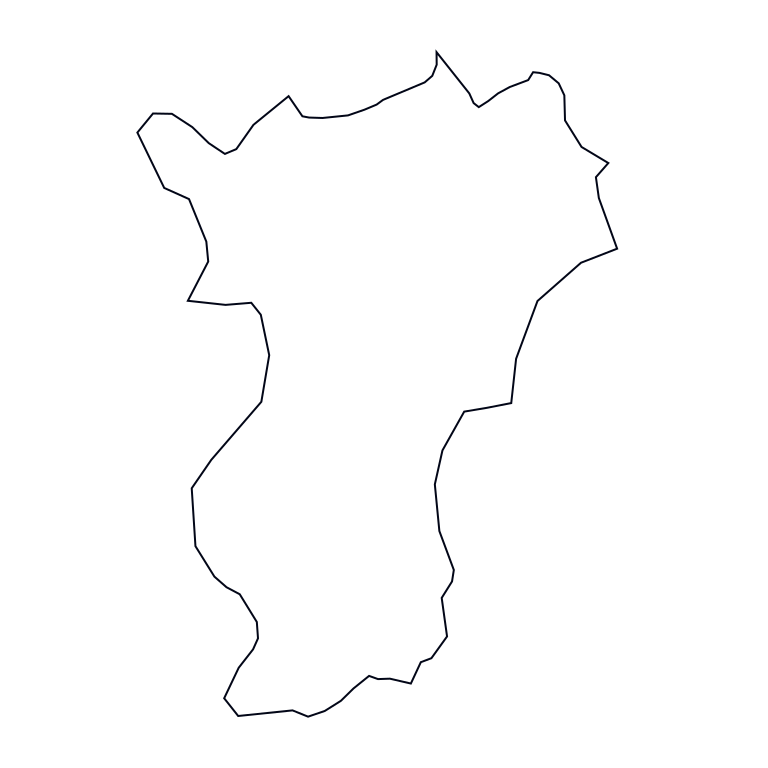 outline of Ljubljana, rotated 88°
{"feature_id": "SVN-962", "entity_name": "Ljubljana", "entity_type": "Statistical Region", "adm_level": 1, "iso_a3": "SVN", "parent_name": "Slovenia", "parent_adm1": "", "projection": "albers", "projection_center": [14.556, 46.06], "detail": "fine", "context": "isolated", "style": "outline", "palette": "ink", "viewbox_px": 768, "rotation_deg": 88, "n_neighbors": 0, "source": "natural_earth", "source_scale": "10m", "svg_char_len": 1172}
<svg xmlns="http://www.w3.org/2000/svg" viewBox="0 0 768 768"><g transform="rotate(88 384 384)"><path d="M710.7,541.3L692.5,554.7L662.5,539.1L644.6,524.1L633.8,518.8L617.4,519.4L589.1,535.5L581.6,548.5L570.6,560.2L539.5,578.1L481.5,579.8L453.7,559.2L397.5,507.2L351.2,497.7L310.5,504.7L298.2,513.8L299.4,539.6L294.0,577.1L255.5,555.4L235.5,556.6L192.4,572.4L180.4,596.8L124.1,621.7L105.6,605.4L106.6,586.5L120.6,566.6L137.2,550.7L148.5,535.0L144.1,523.4L120.4,505.4L93.0,469.3L113.6,456.2L115.1,449.6L116.0,436.2L114.3,410.6L109.2,394.0L104.5,381.6L100.0,375.0L84.0,332.8L77.7,325.0L66.7,320.2L54.2,319.9L96.6,288.6L106.4,284.6L110.6,279.6L104.9,270.0L97.5,259.8L91.6,248.0L85.3,229.3L77.6,224.1L78.5,217.8L81.2,208.3L89.6,198.9L101.8,193.7L126.9,193.9L154.0,178.3L171.0,152.1L184.7,165.0L205.6,162.8L256.9,146.3L269.7,182.9L306.4,227.7L363.4,251.1L407.5,257.5L411.4,282.0L414.4,304.8L452.4,327.9L486.1,336.7L532.9,333.8L572.3,320.7L583.7,322.9L599.8,333.8L638.5,329.8L659.7,346.2L663.3,356.9L684.3,367.6L678.7,388.4L678.7,400.3L675.2,409.1L687.2,425.1L699.1,438.1L708.7,454.6L713.8,471.5L707.0,486.8L710.7,541.3Z" fill="none" stroke="#020617" stroke-width="2"/></g></svg>